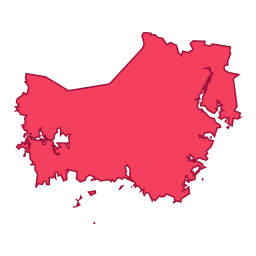 the district of Huon Valley, Tasmania, Australia
{"feature_id": "25037944B40163460524303", "entity_name": "Huon Valley", "entity_type": "district", "adm_level": 2, "iso_a3": "AUS", "parent_name": "Australia", "parent_adm1": "Tasmania", "projection": "robinson", "projection_center": [146.517, -43.294], "detail": "fine", "context": "isolated", "style": "filled", "palette": "rose", "viewbox_px": 256, "rotation_deg": 0, "n_neighbors": 0, "source": "geoboundaries", "source_scale": "gbopen_adm2", "svg_char_len": 5845}
<svg xmlns="http://www.w3.org/2000/svg" viewBox="0 0 256 256"><path d="M26.2,73.7L25.6,78.4L26.9,80.8L25.1,81.7L28.8,86.8L27.0,94.2L23.2,92.7L22.4,95.1L17.2,99.1L16.4,102.1L19.2,106.3L15.4,106.9L17.6,109.1L15.8,110.9L18.3,110.7L20.8,114.5L26.6,115.6L24.6,118.3L25.5,123.7L22.0,125.5L23.8,126.5L22.8,127.5L24.7,130.2L25.6,130.7L26.1,130.2L27.0,130.4L27.2,130.5L26.9,134.0L30.9,133.7L29.7,136.1L35.0,138.6L36.9,136.5L39.0,137.4L40.4,135.6L38.7,134.2L39.0,132.1L40.7,131.0L39.1,130.3L41.7,127.2L40.0,129.7L42.2,131.6L42.6,135.4L44.7,138.1L44.8,135.0L45.3,135.0L45.9,137.9L49.5,139.9L53.7,139.3L54.6,134.3L57.4,132.0L56.7,129.3L59.3,127.6L60.6,129.2L60.6,135.2L62.8,132.8L66.2,136.1L68.1,134.0L70.3,134.6L68.7,136.5L69.4,142.6L67.0,143.2L69.2,145.8L68.8,148.6L66.3,145.7L66.5,143.1L57.0,143.0L60.7,147.1L58.6,147.1L57.3,149.2L55.7,146.2L54.5,145.6L53.4,145.9L55.1,150.0L55.1,152.7L56.1,153.1L56.1,153.7L56.5,153.6L56.5,154.2L59.3,153.3L59.0,154.9L56.4,154.3L54.4,152.4L52.1,145.3L53.9,145.2L52.7,141.4L47.7,139.4L46.6,140.6L45.1,138.5L45.7,140.3L40.6,138.6L40.2,139.0L46.0,143.3L44.6,144.8L42.5,143.7L43.6,142.0L41.9,140.9L30.7,139.1L31.3,138.0L27.9,135.8L25.8,140.0L28.3,139.8L29.0,143.5L29.6,143.8L30.1,143.4L30.5,143.5L29.1,149.7L27.3,148.4L29.0,145.4L26.2,141.4L24.7,142.3L26.0,143.0L25.1,144.4L22.1,142.2L20.9,144.9L18.4,144.5L16.6,146.9L18.8,149.0L21.2,146.9L24.0,147.2L26.1,149.9L25.2,151.7L29.7,152.4L30.3,159.0L33.3,162.7L31.2,164.6L35.2,164.7L35.0,169.8L37.6,174.2L35.8,187.6L38.0,183.7L42.3,184.4L44.0,181.1L45.9,181.4L46.6,184.5L49.2,184.6L49.3,177.4L52.5,177.9L53.8,176.3L55.7,178.4L54.8,173.2L55.8,172.7L57.7,172.3L58.2,175.9L60.9,174.8L63.6,180.9L66.8,179.6L66.5,173.8L69.0,170.4L66.4,170.2L67.6,169.3L77.4,172.0L76.3,178.5L80.4,181.9L85.2,180.1L86.5,176.8L89.8,175.1L93.8,176.7L94.0,178.9L94.1,176.4L94.7,179.8L97.9,178.8L100.3,180.9L108.5,179.7L111.4,181.5L112.2,179.7L114.3,181.7L118.2,177.5L122.1,179.1L124.0,177.3L133.3,181.7L125.6,174.6L126.4,171.6L125.1,167.1L126.9,164.8L130.2,169.2L129.7,177.6L135.3,183.1L133.8,185.6L135.7,185.1L135.4,187.1L138.0,185.7L141.7,189.5L140.9,191.1L144.0,189.2L143.1,192.9L144.3,195.4L146.1,192.6L148.8,193.0L152.2,200.9L153.2,199.3L155.3,200.6L159.2,195.9L162.0,197.0L165.2,195.8L165.9,193.8L173.9,197.0L175.2,200.3L173.1,203.0L176.2,200.8L180.8,202.0L181.2,198.8L189.5,193.6L188.7,187.1L185.1,189.9L181.1,191.6L184.5,190.0L183.6,186.5L186.4,185.6L184.3,183.8L183.5,183.9L183.2,184.4L181.9,184.8L183.4,183.8L183.9,183.7L186.0,175.8L187.7,175.4L186.4,176.0L187.8,179.2L186.4,180.7L188.8,182.3L190.0,178.8L189.5,180.8L194.9,179.4L195.2,174.9L199.3,171.1L199.1,169.7L193.4,174.9L193.4,171.9L190.8,171.6L193.1,167.7L198.4,165.6L200.1,167.0L199.8,169.6L203.4,168.0L202.5,164.2L200.2,162.6L196.2,161.1L194.3,162.3L192.3,161.1L193.8,160.8L193.1,159.5L188.6,161.0L189.4,159.1L187.2,157.9L186.9,155.4L187.3,157.8L188.9,158.1L189.9,159.5L189.9,154.3L194.1,158.3L194.6,161.1L198.5,157.8L206.2,160.2L207.7,158.6L205.3,155.7L207.6,153.4L206.0,151.6L211.1,146.6L213.4,140.9L208.8,139.8L206.5,136.8L204.5,138.8L200.7,136.6L199.5,138.0L200.2,135.9L198.3,135.4L199.9,135.0L203.9,137.1L203.7,134.4L205.3,132.9L211.0,132.2L214.5,136.5L217.2,127.9L220.5,127.4L220.1,125.3L215.0,121.7L214.4,118.6L209.7,117.5L203.5,111.2L201.6,111.8L202.5,109.5L198.4,109.0L197.1,106.0L198.8,101.5L196.7,99.1L194.6,100.4L196.3,98.7L199.9,99.3L198.5,95.0L202.1,92.8L201.8,90.7L208.5,77.8L211.1,74.6L212.8,73.9L209.5,70.6L208.8,68.6L209.1,67.7L203.6,69.0L209.2,67.6L210.5,69.1L209.7,70.6L213.1,73.8L211.1,75.0L210.4,80.2L207.1,85.0L206.6,89.3L202.8,96.8L202.3,102.4L200.4,103.3L200.6,105.8L205.1,106.0L208.1,110.2L214.0,113.5L217.7,109.5L215.7,108.6L218.2,106.6L217.3,104.4L217.7,103.5L217.1,101.9L217.5,101.2L217.2,100.7L217.2,100.3L219.7,101.5L218.8,103.3L222.1,105.0L219.6,105.5L221.6,107.8L220.9,109.5L223.7,110.4L219.3,112.1L220.4,116.3L218.7,117.5L221.3,119.2L224.6,117.3L228.2,118.8L229.4,116.9L227.8,123.4L232.1,125.9L233.3,118.3L238.0,118.9L240.6,117.3L239.3,117.1L240.3,113.1L234.2,110.6L237.0,106.4L233.3,78.6L238.8,74.6L228.9,72.6L224.9,70.5L223.9,67.9L224.6,65.4L227.8,65.0L227.6,61.5L230.7,53.3L229.7,52.3L230.4,46.9L212.3,44.0L210.3,46.0L206.3,45.4L204.4,43.9L204.9,41.3L193.1,40.9L190.2,43.8L193.2,49.6L188.1,52.5L182.7,51.2L181.5,55.6L178.4,52.5L176.5,45.4L170.3,42.5L166.7,44.7L162.6,38.3L158.2,37.7L155.0,34.8L151.1,34.9L150.9,33.2L143.8,32.7L142.0,35.5L144.2,43.8L142.4,48.5L109.5,84.0L68.5,90.7L45.4,76.8L26.2,73.7ZM95.2,191.0L88.5,192.1L90.9,195.3L95.5,193.0L95.2,191.0ZM79.8,204.8L78.0,202.6L76.6,206.3L79.8,204.8ZM203.5,90.4L205.6,87.2L204.9,89.9L204.7,89.9L205.0,90.1L205.7,89.2L206.8,84.7L203.5,90.4ZM208.6,77.8L207.4,81.9L208.3,81.5L209.1,80.4L210.3,77.8L210.5,76.6L208.6,77.8ZM208.5,81.8L206.7,82.8L206.0,84.5L208.5,81.8ZM121.2,186.3L119.3,189.9L122.6,186.0L121.2,186.3ZM80.8,196.5L80.0,198.9L81.6,198.0L80.8,196.5ZM226.5,119.4L225.2,121.5L225.8,122.0L226.5,119.4ZM227.1,127.4L228.2,128.3L228.9,126.4L228.6,126.3L227.1,127.4ZM23.9,155.9L24.9,156.1L25.0,153.5L24.6,153.8L23.9,155.9ZM209.7,137.4L211.2,137.8L211.3,137.1L209.7,137.4ZM204.0,91.6L203.8,93.5L205.0,90.2L204.6,89.9L204.7,89.4L204.0,91.6ZM92.0,179.3L91.6,180.3L93.3,179.8L92.0,179.3ZM24.9,135.1L23.8,136.2L24.4,137.0L24.9,135.1ZM202.8,179.6L202.3,178.2L202.5,179.7L202.8,179.6ZM77.2,200.1L78.1,201.1L78.4,200.5L77.2,200.1ZM94.2,223.1L95.1,223.3L94.5,222.8L94.2,223.1ZM198.6,168.8L199.4,168.0L199.2,168.1L198.6,168.8ZM24.4,134.5L25.1,134.7L24.6,134.0L24.4,134.5ZM130.9,187.2L131.3,187.1L131.8,186.8L130.9,187.2ZM204.9,167.0L204.8,167.5L205.3,167.3L204.9,167.0ZM199.8,135.3L199.7,135.6L200.2,135.6L199.8,135.3ZM27.1,141.0L27.3,141.1L27.5,140.6L27.1,141.0ZM73.8,206.7L73.2,207.1L74.1,206.9L73.8,206.7ZM32.1,137.5L31.8,137.8L32.4,137.6L32.1,137.5ZM204.1,93.4L204.1,93.8L204.2,93.3L204.1,93.4Z" fill="#f43f5e" stroke="#9f1239" stroke-width="1.5"/></svg>